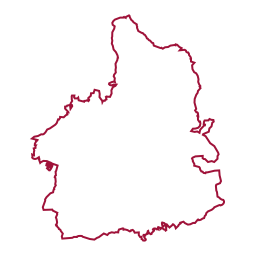 Feldru, Bistrita-Nasaud, Romania
{"feature_id": "2599482B57899759192665", "entity_name": "Feldru", "entity_type": "district", "adm_level": 2, "iso_a3": "ROU", "parent_name": "Romania", "parent_adm1": "Bistrita-Nasaud", "projection": "robinson", "projection_center": [24.581, 47.301], "detail": "fine", "context": "isolated", "style": "outline", "palette": "rose", "viewbox_px": 256, "rotation_deg": 0, "n_neighbors": 0, "source": "geoboundaries", "source_scale": "gbopen_adm2", "svg_char_len": 5825}
<svg xmlns="http://www.w3.org/2000/svg" viewBox="0 0 256 256"><path d="M195.0,223.0L197.8,219.6L198.2,219.5L198.9,220.2L200.7,219.8L202.7,218.5L204.1,218.1L204.8,215.9L205.8,215.0L206.3,213.1L208.0,211.4L211.7,209.8L213.6,208.3L214.3,207.3L218.8,205.3L219.9,205.0L220.6,205.4L222.3,204.7L223.5,203.5L224.0,202.3L224.0,201.2L223.3,199.9L222.1,199.7L220.4,198.8L219.4,197.7L217.5,196.6L217.0,192.1L216.3,190.5L215.9,185.9L216.3,184.7L220.0,183.2L221.0,181.1L219.6,175.4L219.2,170.4L214.6,170.7L207.7,172.3L205.9,172.4L205.5,173.2L203.6,172.9L202.5,171.6L201.4,171.5L200.3,169.8L199.7,167.6L199.1,167.0L194.2,165.7L194.4,164.1L192.8,161.2L192.9,160.5L192.0,158.4L192.8,157.6L195.4,156.4L202.7,155.9L202.6,158.1L203.7,159.0L205.1,159.1L208.0,162.0L211.7,161.1L214.2,162.0L217.5,158.8L217.5,156.1L218.6,154.3L218.1,152.6L214.3,146.1L210.2,143.2L205.6,136.2L202.9,134.8L203.2,134.1L208.8,131.7L209.4,128.4L211.5,126.4L212.3,122.7L213.7,121.6L213.4,120.0L211.3,119.8L209.5,119.0L208.4,120.4L204.6,120.5L204.0,121.8L203.7,124.3L205.0,124.6L204.9,125.3L204.3,125.3L200.8,129.0L200.1,130.0L199.5,132.8L197.3,131.5L194.6,131.9L191.2,131.1L192.9,128.7L195.3,128.6L198.1,127.8L199.9,126.0L200.4,123.5L200.1,121.7L199.4,121.9L198.0,119.8L197.9,116.3L197.3,115.9L197.6,115.3L198.2,115.7L197.9,113.1L197.3,112.3L196.4,112.3L195.1,110.4L196.2,108.9L194.5,102.6L194.7,98.9L196.3,94.7L197.6,92.9L198.0,90.9L200.5,88.1L199.6,86.6L200.3,86.0L199.2,84.5L198.2,81.9L198.5,79.2L197.7,75.8L196.2,73.3L194.2,72.2L192.5,69.2L192.1,65.3L194.4,62.7L191.0,61.5L191.0,59.4L190.5,58.9L191.0,58.4L190.7,57.3L189.0,54.9L188.9,53.6L188.2,52.5L187.5,52.6L186.3,51.8L185.9,50.6L184.7,49.8L179.8,50.3L181.6,48.1L179.4,47.0L177.2,44.8L175.7,44.4L175.5,45.3L174.6,45.0L170.4,45.6L168.1,47.0L165.0,47.3L162.8,48.7L161.5,47.8L161.2,48.1L160.1,47.9L153.8,45.6L153.2,43.1L151.9,42.7L150.1,40.6L149.0,40.2L147.7,38.7L146.9,38.4L146.3,36.9L144.9,34.9L143.7,34.3L143.3,33.5L142.5,33.0L141.7,32.9L138.3,31.0L137.0,27.7L137.2,26.8L136.7,25.5L136.8,24.4L133.4,22.2L132.9,21.3L131.2,19.8L129.8,17.2L129.6,16.0L129.0,15.4L125.8,17.0L125.7,17.8L124.8,17.3L124.2,17.5L123.9,17.0L122.9,17.6L120.2,17.6L114.9,19.6L113.3,21.1L112.3,22.9L112.7,24.8L114.7,26.3L114.2,28.7L112.3,32.3L112.2,36.7L111.8,37.9L112.3,40.7L111.8,43.6L112.8,45.8L113.6,49.5L115.9,52.1L117.5,55.4L118.0,57.8L117.6,58.0L117.3,60.1L115.5,63.8L115.9,67.6L115.5,70.0L115.8,72.5L114.1,74.7L113.7,76.3L114.8,78.2L114.5,80.5L114.9,82.0L113.7,81.6L111.7,82.1L109.2,83.3L109.0,84.1L109.9,85.0L111.5,85.4L113.9,84.5L116.3,84.6L115.4,85.9L112.9,87.1L111.4,90.3L111.6,93.5L110.0,96.9L106.4,96.5L105.9,96.9L106.4,98.0L106.0,99.1L106.3,99.5L105.2,100.0L104.8,100.8L103.1,100.7L102.4,102.1L102.2,100.9L99.5,97.1L99.7,94.0L99.1,90.9L94.6,89.8L93.6,93.1L91.0,93.3L90.8,95.8L88.3,98.0L88.3,99.4L89.1,99.6L89.1,100.2L88.4,101.1L87.3,100.4L86.5,100.4L85.9,100.8L84.3,100.9L84.1,101.7L78.7,100.3L78.2,97.6L77.5,98.4L74.8,98.4L74.1,97.2L74.4,95.5L72.0,95.5L71.7,96.2L71.8,99.7L72.2,100.9L70.6,103.5L70.6,104.5L72.0,105.1L72.2,106.2L70.5,108.8L70.1,105.7L69.3,105.1L67.1,105.6L66.7,106.4L65.1,106.6L65.1,108.6L68.1,111.8L68.4,112.5L67.4,112.6L67.0,113.1L67.4,114.5L65.9,115.2L63.7,117.3L60.1,116.9L60.0,118.1L58.9,119.6L58.1,119.4L56.7,123.1L55.3,124.7L49.9,128.4L47.2,129.5L45.4,132.4L43.8,134.0L42.9,134.4L41.2,134.3L38.0,136.0L34.3,136.7L32.0,138.6L37.5,140.0L37.2,140.6L36.1,140.6L35.9,141.9L34.9,143.6L34.8,145.2L35.9,145.3L35.5,145.9L35.5,147.9L33.7,148.4L34.3,150.6L33.9,152.1L34.0,155.2L32.2,154.5L32.5,156.6L32.2,157.6L33.3,158.6L35.0,159.0L36.7,158.6L38.9,157.2L39.4,159.2L39.0,159.5L40.2,162.9L40.9,162.2L43.4,160.9L47.0,161.1L48.0,161.6L46.6,163.9L46.4,164.9L47.6,164.6L48.1,163.5L48.3,161.7L49.9,162.4L48.4,164.9L48.9,165.1L50.1,164.2L50.2,162.7L50.6,162.6L51.9,163.4L51.7,164.1L50.3,165.9L48.2,165.5L47.4,166.5L47.7,166.9L49.0,166.5L49.8,166.7L49.5,167.5L47.6,167.5L47.0,168.3L49.1,170.3L49.8,170.3L50.9,168.9L52.2,166.4L52.8,163.8L57.6,165.5L56.1,171.0L55.6,171.6L55.9,175.4L55.0,176.1L54.7,177.3L55.4,178.0L55.7,181.6L55.2,184.2L55.8,185.2L54.0,188.2L54.3,189.2L53.5,190.0L53.1,192.3L50.4,193.3L46.5,197.2L45.1,199.4L45.2,200.7L42.8,207.2L43.6,209.9L52.3,209.6L52.8,210.6L57.3,212.8L57.0,213.4L57.2,214.5L55.9,217.4L56.6,219.4L57.1,222.3L56.8,223.6L55.9,224.9L56.2,225.6L56.9,225.6L57.1,226.5L58.8,228.3L58.9,229.0L60.3,229.7L60.9,231.1L62.8,233.6L61.8,236.4L62.3,238.6L72.3,237.8L74.0,236.9L76.9,237.0L77.0,236.6L78.5,236.0L80.2,235.9L81.9,236.0L82.6,236.7L89.8,239.0L94.4,239.6L97.1,237.8L98.8,237.2L103.8,233.5L107.3,235.0L109.0,233.2L111.8,232.3L114.4,232.8L115.7,232.2L118.2,232.4L118.3,231.2L119.0,229.5L122.7,228.4L123.3,228.5L123.5,229.7L124.9,229.4L127.5,230.1L129.8,231.4L130.7,231.1L131.0,230.3L132.7,229.9L133.9,231.1L134.7,232.7L138.8,232.4L138.8,235.1L140.1,237.0L141.4,236.8L141.6,239.1L142.3,239.3L143.1,240.5L144.8,240.6L145.6,240.1L145.8,239.3L144.3,237.4L144.3,236.5L144.7,236.2L144.7,235.7L143.5,235.7L143.4,235.4L143.6,234.9L145.2,235.1L145.2,234.7L146.4,234.3L147.4,232.6L147.9,232.4L148.0,232.0L147.6,232.0L147.8,231.1L148.2,230.9L148.4,231.8L148.2,233.5L149.2,233.0L150.6,234.2L151.5,234.0L151.8,232.9L154.1,230.6L154.0,230.1L153.2,230.0L152.9,229.4L153.5,228.7L155.0,228.4L155.7,228.9L156.6,228.9L157.0,229.4L157.7,229.1L158.5,229.5L158.4,228.8L158.0,228.5L157.9,227.6L158.2,227.1L160.2,227.8L160.7,228.9L162.1,227.5L162.7,228.5L164.1,229.5L164.9,229.5L165.6,230.6L166.3,230.1L166.1,228.8L166.4,227.2L165.9,227.0L166.0,226.0L164.4,225.5L163.7,225.6L163.1,226.5L162.6,226.2L162.1,224.8L161.9,223.0L162.2,222.5L164.3,223.1L165.2,224.1L166.7,224.3L169.5,227.5L172.3,225.1L172.8,224.3L173.4,224.4L175.0,226.1L175.8,228.3L178.4,225.7L178.8,224.7L180.6,223.4L180.3,222.7L183.5,221.7L184.9,223.1L187.9,224.6L190.2,224.3L193.2,222.9L195.0,223.0Z" fill="none" stroke="#9f1239" stroke-width="2"/></svg>